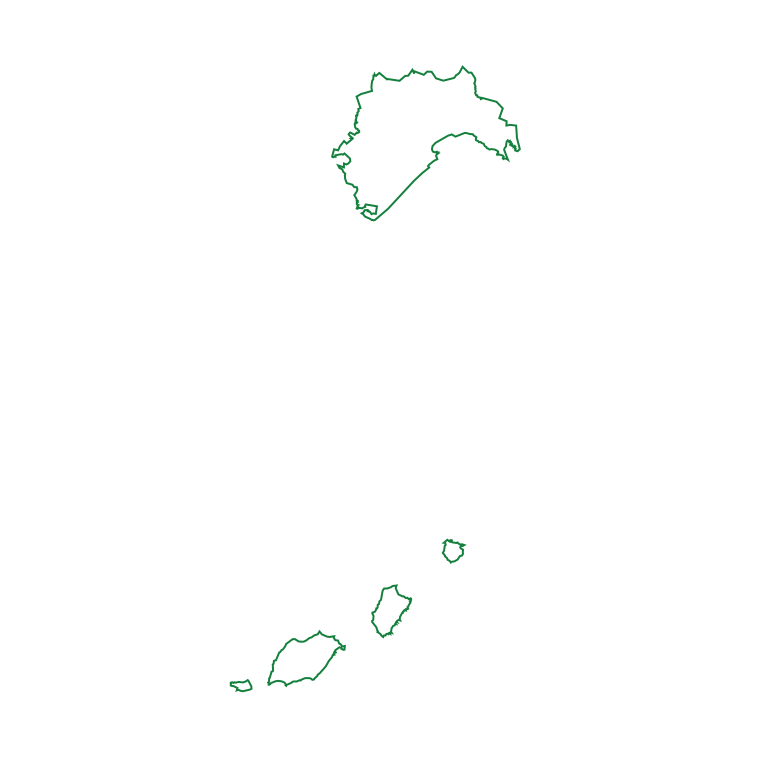 San Blas, Nayarit, Mexico, rotated 279°
{"feature_id": "50627088B60863102587946", "entity_name": "San Blas", "entity_type": "district", "adm_level": 2, "iso_a3": "MEX", "parent_name": "Mexico", "parent_adm1": "Nayarit", "projection": "natural_earth1", "projection_center": [-105.887, 21.55], "detail": "fine", "context": "isolated", "style": "outline", "palette": "green", "viewbox_px": 768, "rotation_deg": 279, "n_neighbors": 0, "source": "geoboundaries", "source_scale": "gbopen_adm2", "svg_char_len": 6092}
<svg xmlns="http://www.w3.org/2000/svg" viewBox="0 0 768 768"><g transform="rotate(279 384 384)"><path d="M709.6,412.0L703.6,410.0L701.6,408.6L700.3,406.9L697.8,405.8L697.1,405.0L692.9,395.2L694.0,387.6L699.8,382.2L699.3,377.8L695.6,374.9L697.7,364.6L695.2,365.3L698.8,362.9L692.3,359.7L691.6,356.7L685.9,351.9L685.8,339.4L685.4,339.2L690.5,330.7L687.4,328.2L687.8,328.0L687.2,326.9L688.3,326.2L687.3,326.1L687.0,325.3L683.4,325.7L681.5,324.9L678.3,324.9L674.9,325.2L671.6,326.3L666.8,316.0L663.6,312.0L652.9,317.6L651.6,315.6L649.4,316.3L647.8,315.2L646.6,315.7L645.8,315.3L645.3,315.7L644.8,315.5L644.6,314.4L644.2,314.4L642.9,315.1L640.4,314.7L640.4,315.0L638.0,315.8L638.0,316.4L637.2,316.0L637.1,315.5L637.6,314.7L636.0,314.4L633.2,315.3L631.8,316.5L631.9,317.9L630.6,318.7L630.3,319.8L629.0,320.1L627.7,318.7L628.1,317.9L625.5,316.0L627.1,311.3L626.1,310.5L625.2,310.0L624.1,310.9L622.2,314.1L621.4,312.9L621.0,314.3L615.5,309.5L616.8,308.0L616.9,307.0L617.2,307.2L617.7,306.5L612.1,303.4L607.6,302.1L608.0,298.0L600.7,297.2L600.1,297.6L600.1,298.5L600.6,299.2L600.8,300.6L602.3,300.2L604.4,306.2L604.1,307.6L605.5,308.9L601.4,315.1L598.7,315.9L596.3,314.3L595.0,312.8L595.5,310.0L591.7,310.5L592.7,304.5L590.4,306.2L589.5,309.2L587.1,310.6L585.7,312.8L584.1,312.7L580.4,313.6L576.6,315.8L575.9,321.6L573.8,323.8L574.1,326.4L571.6,327.4L569.1,326.7L565.9,325.1L563.5,327.2L561.6,328.4L561.0,328.3L560.8,329.5L559.6,329.7L559.4,328.7L557.2,329.1L556.9,330.2L556.7,329.8L556.1,330.3L553.1,329.6L553.0,330.6L554.4,331.5L554.0,332.3L554.2,335.3L555.1,336.0L556.0,337.8L557.2,337.4L558.5,337.9L558.4,349.2L550.7,349.3L550.8,346.6L549.8,345.1L551.8,343.3L552.0,341.6L552.3,341.2L552.7,341.6L553.0,341.1L552.6,340.7L553.3,340.5L552.6,337.7L550.4,337.0L549.1,335.3L548.3,337.1L546.5,338.9L544.7,345.1L544.0,346.2L544.3,346.9L544.0,348.1L544.7,349.5L557.7,360.6L589.6,382.0L598.7,389.1L604.9,394.8L606.1,393.4L607.4,394.0L612.2,398.4L614.4,401.5L617.6,399.7L619.0,400.1L620.4,401.6L620.5,400.8L621.2,401.2L621.2,400.3L621.7,399.9L620.8,398.3L621.2,395.9L623.2,394.7L626.5,394.7L630.3,397.2L639.2,408.3L641.1,411.9L639.5,415.9L644.5,424.3L644.8,426.5L644.3,429.6L644.6,432.6L643.6,433.5L642.2,436.6L640.1,436.4L639.2,436.8L638.4,439.5L637.7,439.9L638.1,441.7L637.3,442.7L636.8,445.0L634.8,446.2L634.1,448.0L633.0,448.7L632.7,450.4L632.1,451.4L632.8,453.3L632.9,456.6L632.0,459.6L631.0,460.6L628.7,459.7L628.1,459.9L628.2,460.8L628.8,461.3L628.2,465.5L627.4,466.6L625.5,466.0L624.9,466.8L625.5,467.3L625.7,469.7L624.9,471.3L634.1,466.0L635.9,466.3L637.7,467.3L642.6,467.2L644.0,468.1L643.4,469.1L643.8,470.0L642.7,470.0L643.2,471.0L642.8,471.6L642.3,471.8L641.7,471.2L640.7,471.8L639.4,470.7L640.0,472.1L639.6,472.5L640.6,473.2L639.2,473.9L639.0,474.9L638.3,474.9L638.8,475.7L639.5,475.8L639.1,476.7L636.8,476.5L636.8,477.2L635.2,477.1L634.8,479.5L637.2,481.4L647.9,476.8L659.9,474.1L659.7,468.1L658.4,464.5L662.7,464.0L664.6,456.3L674.8,458.2L680.3,451.0L681.9,436.5L681.9,435.2L680.8,435.6L680.5,435.1L681.9,434.3L682.2,431.5L683.7,431.0L683.6,429.8L685.8,428.5L687.4,428.9L689.5,427.9L690.0,428.2L691.2,427.6L692.0,427.9L695.3,426.1L695.8,426.5L697.9,426.7L700.0,426.3L704.9,422.0L705.2,421.4L704.7,418.8L709.6,412.0ZM71.8,317.1L71.0,316.3L70.3,317.0L69.0,317.1L69.0,317.6L69.6,318.4L71.1,319.4L73.5,323.5L74.2,325.9L74.3,329.5L73.6,332.4L72.2,333.7L71.0,333.9L70.7,334.6L71.4,334.6L74.6,339.6L75.5,340.1L76.1,341.4L76.5,344.3L78.3,347.2L78.1,348.1L79.0,348.6L81.1,352.0L81.8,356.4L81.6,357.9L80.6,359.5L81.3,361.2L82.2,361.4L85.2,363.8L86.3,363.9L88.3,365.8L95.9,370.6L101.9,372.9L106.2,375.4L107.9,375.6L108.7,377.0L109.0,376.3L111.0,376.7L110.9,377.8L111.3,378.4L112.6,377.3L113.6,377.7L117.0,381.2L116.7,383.0L116.2,383.6L115.7,383.5L115.5,384.2L115.1,385.5L115.4,386.5L119.1,386.3L118.4,384.4L118.6,383.4L120.2,381.9L120.4,380.8L121.1,380.0L123.4,378.8L123.4,375.9L125.5,374.1L127.1,374.3L125.6,369.8L125.6,367.1L127.0,361.8L129.5,359.0L126.4,357.7L124.9,354.5L122.5,352.2L121.3,349.9L118.8,347.6L117.1,345.3L116.6,343.4L116.4,339.9L118.1,335.9L117.6,333.6L112.0,328.1L109.3,327.4L105.9,325.6L105.2,324.5L103.0,323.4L102.4,322.5L94.2,320.5L93.4,318.6L90.3,318.7L89.6,318.0L83.5,319.3L82.9,319.1L82.3,317.9L76.0,317.2L75.4,316.6L71.8,317.1ZM157.6,410.6L156.5,408.5L155.9,408.2L153.2,410.0L150.0,410.2L148.8,410.0L148.0,409.3L147.1,409.6L142.5,414.5L139.8,415.8L138.8,416.7L138.0,416.3L136.5,419.7L134.8,421.1L134.0,422.8L135.5,423.1L135.9,424.9L136.7,424.9L137.5,425.6L138.2,427.3L137.8,427.6L138.4,428.0L138.1,429.1L139.2,428.5L139.6,429.4L139.4,430.5L140.3,429.7L143.9,429.7L146.5,430.9L147.3,432.3L148.8,432.6L148.8,433.5L149.3,433.0L150.4,433.1L151.0,433.5L150.9,434.0L151.3,433.6L152.5,434.3L153.2,435.5L153.0,437.0L154.3,436.2L156.6,436.3L160.6,437.7L160.9,438.4L162.1,438.3L162.5,439.1L163.7,439.4L163.7,441.0L164.6,440.5L165.2,440.9L165.0,441.6L165.8,443.0L167.3,442.1L168.1,442.9L169.3,442.9L172.0,444.3L172.9,443.6L173.8,444.4L174.4,444.0L174.8,444.5L176.1,444.4L176.5,443.7L175.3,442.3L176.5,440.5L176.0,438.9L177.4,436.7L177.1,435.6L178.5,431.1L183.8,427.7L185.7,427.5L186.9,427.9L185.8,424.0L184.5,422.8L182.6,419.4L182.0,416.1L179.7,415.0L170.3,414.8L168.7,413.5L166.0,413.5L165.0,412.4L162.1,412.6L161.4,412.3L161.2,411.5L159.6,411.4L157.6,410.6ZM240.0,470.9L236.6,468.0L236.7,469.2L234.8,470.1L233.6,469.3L228.7,469.4L226.3,468.5L224.1,471.1L223.2,471.3L221.8,473.7L220.4,474.2L219.6,476.5L218.2,477.9L218.8,478.2L220.0,481.6L222.2,484.2L225.8,485.8L226.9,488.0L228.9,488.6L230.1,488.1L232.7,488.0L233.6,485.6L234.6,484.8L235.9,485.1L236.2,486.9L237.5,488.5L237.9,486.1L237.4,484.4L238.2,482.2L238.9,481.7L238.8,480.9L238.3,480.4L238.3,476.2L238.9,475.8L238.5,474.4L239.2,473.9L240.3,475.1L240.4,474.7L239.5,473.3L239.1,473.7L238.7,473.2L240.0,470.9ZM64.8,279.4L62.2,279.9L61.9,281.5L62.1,282.6L60.8,286.8L58.4,286.5L59.2,287.8L58.5,290.6L58.5,292.8L61.2,299.4L62.2,300.8L64.5,300.3L69.6,296.6L70.2,295.7L68.7,294.2L67.2,291.4L67.0,287.0L65.8,284.3L66.1,283.2L65.2,282.2L65.7,280.9L65.4,280.1L64.8,280.0L64.8,279.4Z" fill="none" stroke="#15803d" stroke-width="2"/></g></svg>